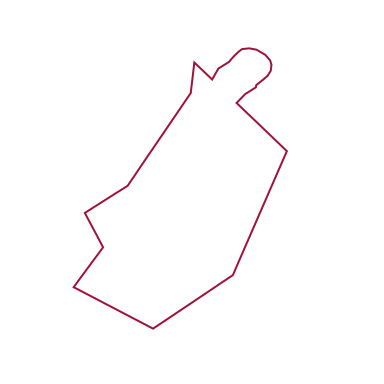 the district of Schiermonnikoog, Friesland, Netherlands, rotated 313°
{"feature_id": "6326949B70840390400292", "entity_name": "Schiermonnikoog", "entity_type": "district", "adm_level": 2, "iso_a3": "NLD", "parent_name": "Netherlands", "parent_adm1": "Friesland", "projection": "mercator", "projection_center": [6.273, 53.477], "detail": "fine", "context": "isolated", "style": "outline", "palette": "rose", "viewbox_px": 384, "rotation_deg": 313, "n_neighbors": 0, "source": "geoboundaries", "source_scale": "gbopen_adm2", "svg_char_len": 899}
<svg xmlns="http://www.w3.org/2000/svg" viewBox="0 0 384 384"><g transform="rotate(313 192 192)"><path d="M159.1,278.6L172.8,273.7L224.3,255.5L286.6,233.5L287.3,182.8L287.3,178.5L287.4,173.2L287.5,163.9L299.8,164.1L312.1,167.3L313.9,166.1L322.0,167.3L328.8,168.1L330.4,167.7L334.4,166.9L339.3,163.3L341.5,159.5L342.3,152.1L340.1,142.1L336.1,135.9L330.7,131.2L327.0,130.5L323.1,130.2L321.5,130.1L316.6,130.1L312.6,130.4L300.3,127.1L288.0,130.0L288.1,123.9L288.1,121.4L288.2,116.9L288.3,105.4L275.9,114.5L263.5,123.6L252.4,125.3L241.3,127.0L230.2,128.7L219.2,130.4L208.1,132.1L197.0,133.8L185.9,135.5L174.8,137.2L163.8,139.0L152.6,140.7L139.1,137.1L125.6,133.6L114.5,130.7L103.6,127.9L99.4,140.1L95.2,152.4L90.9,164.7L78.6,166.1L66.3,167.5L54.0,168.9L41.7,170.4L48.5,195.1L57.0,225.9L65.5,256.7L83.8,261.0L129.1,271.6L144.7,275.2L159.1,278.6Z" fill="none" stroke="#9f1239" stroke-width="2"/></g></svg>